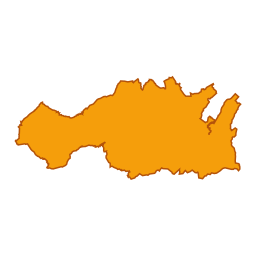 Letterkenny Lea-7, Donegal, Ireland (orthographic projection)
{"feature_id": "5873133B45829912982707", "entity_name": "Letterkenny Lea-7", "entity_type": "district", "adm_level": 2, "iso_a3": "IRL", "parent_name": "Ireland", "parent_adm1": "Donegal", "projection": "orthographic", "projection_center": [-7.823, 54.956], "detail": "fine", "context": "isolated", "style": "filled", "palette": "amber", "viewbox_px": 256, "rotation_deg": 0, "n_neighbors": 0, "source": "geoboundaries", "source_scale": "gbopen_adm2", "svg_char_len": 5835}
<svg xmlns="http://www.w3.org/2000/svg" viewBox="0 0 256 256"><path d="M40.9,102.9L40.8,103.4L39.5,104.5L39.1,106.0L37.0,107.8L36.8,108.5L34.5,110.4L34.7,110.6L34.3,111.0L30.2,113.7L28.1,115.6L27.7,116.4L24.0,118.9L23.8,119.5L22.1,121.2L22.2,121.4L21.5,122.5L20.9,122.0L21.1,123.1L21.4,123.0L21.1,123.7L21.3,124.3L20.4,124.6L21.3,125.3L19.7,125.7L18.4,126.9L19.5,128.1L19.3,133.6L18.9,134.3L19.2,135.3L19.0,137.1L19.2,138.2L17.3,139.9L17.6,140.1L17.1,140.0L16.4,140.7L15.8,140.4L15.4,141.0L16.5,142.6L16.9,144.0L18.1,144.4L18.2,144.9L24.9,143.8L25.6,144.3L27.5,143.9L31.0,149.4L32.0,150.5L34.1,152.0L35.5,154.6L37.7,156.3L38.7,156.5L40.9,158.5L42.4,158.0L43.1,158.4L43.0,159.2L44.5,159.1L44.2,158.7L44.4,158.6L46.9,160.7L47.2,161.6L46.7,162.0L47.7,163.4L48.5,163.4L48.8,164.0L48.1,164.7L48.4,165.8L47.5,166.5L46.9,167.7L48.0,168.2L49.6,167.9L51.3,168.7L53.2,168.9L61.2,166.7L62.3,167.0L65.5,165.4L66.6,164.3L67.1,162.1L68.1,160.1L69.0,158.9L70.0,158.4L70.2,156.8L69.8,154.6L70.0,154.2L71.3,153.6L72.3,151.9L73.6,151.1L76.5,150.6L76.8,149.9L78.0,149.4L79.8,147.4L80.8,147.2L80.9,146.7L82.3,146.7L82.3,146.2L83.0,146.6L85.4,146.5L89.0,145.1L90.2,145.5L92.8,145.5L93.3,146.1L95.0,145.6L95.5,146.0L95.1,146.9L95.6,147.1L97.6,146.4L98.4,146.5L98.7,146.9L99.3,145.9L99.9,145.5L100.2,145.9L100.4,145.3L100.9,145.3L100.6,144.8L101.8,144.6L102.1,145.1L102.5,144.4L101.9,143.9L104.7,142.4L104.9,142.7L103.7,143.3L102.7,146.3L103.3,146.9L103.7,147.9L103.7,150.7L104.2,151.8L106.2,151.2L106.0,151.6L106.5,152.2L107.0,153.9L106.9,154.7L106.1,155.9L106.1,157.9L108.8,162.5L109.8,162.9L110.2,163.6L110.2,167.0L111.0,166.4L112.3,166.3L113.9,167.4L116.8,168.5L117.7,169.4L119.3,169.0L120.7,170.1L121.0,169.8L121.3,170.3L121.5,169.9L122.8,170.6L124.3,170.1L125.9,171.4L128.0,171.1L128.8,171.6L129.2,171.3L129.2,171.8L129.6,172.0L128.7,172.6L128.2,173.7L128.4,175.1L127.8,175.3L128.1,175.5L127.8,175.7L127.9,176.5L128.3,177.2L128.5,176.9L129.7,177.1L131.1,179.1L134.8,177.9L135.6,176.7L137.1,176.1L139.6,173.7L142.6,175.6L146.5,174.9L148.0,175.2L149.5,174.0L154.5,173.3L155.5,172.5L155.9,171.3L157.1,170.3L158.3,170.1L159.4,171.0L160.5,169.1L161.8,167.9L162.8,168.6L167.8,168.9L172.0,172.3L172.4,173.5L174.1,174.2L179.5,169.3L179.4,170.1L179.8,171.9L179.3,174.1L182.9,173.6L185.3,170.5L187.4,172.7L190.3,171.5L192.2,170.1L195.2,172.6L196.8,172.8L197.7,172.2L198.2,173.0L198.8,177.9L202.6,178.7L204.8,176.0L206.2,175.9L207.6,174.1L210.2,174.5L211.6,172.9L214.3,173.5L216.6,173.1L220.0,170.9L222.7,168.5L225.0,167.8L231.3,169.3L233.4,169.3L234.4,168.5L236.9,168.8L238.5,170.7L239.8,169.1L239.8,166.7L239.2,165.5L239.5,165.1L238.8,163.7L235.5,163.0L235.2,160.8L235.5,156.3L235.3,154.7L235.5,152.7L234.8,151.3L234.2,148.2L231.7,145.7L231.4,144.4L231.8,142.9L231.2,142.1L231.0,140.7L232.3,138.9L232.2,137.6L232.7,137.0L234.1,137.0L235.8,135.4L235.9,133.0L236.8,129.2L235.2,128.0L231.7,130.6L231.4,130.5L231.5,129.7L230.4,128.7L230.6,127.1L230.4,124.2L231.5,123.3L231.9,121.6L232.1,119.6L232.7,119.2L234.3,115.9L234.5,114.2L236.1,112.3L236.6,110.6L237.9,109.2L237.7,108.8L238.6,106.5L240.6,104.2L239.0,103.0L237.4,103.4L236.6,101.8L235.3,100.6L238.6,96.8L235.3,93.8L231.3,98.2L229.4,99.3L228.1,99.2L226.8,99.8L224.2,102.9L224.0,104.5L221.8,107.6L221.1,109.6L220.9,112.0L219.1,114.9L218.2,115.4L218.3,115.8L217.2,118.0L213.9,123.5L213.2,123.0L209.9,123.7L209.5,125.0L208.3,125.8L207.9,127.4L209.8,128.1L209.9,128.5L209.5,128.9L209.4,129.5L211.0,130.9L210.6,132.1L209.1,133.2L209.2,134.1L208.2,134.2L209.1,134.0L209.0,133.2L210.6,131.9L210.8,130.9L209.2,129.6L209.2,129.0L209.7,128.2L208.8,128.2L207.6,127.5L207.6,125.4L208.4,125.1L209.5,123.5L211.5,122.2L213.5,122.1L214.9,120.1L212.7,118.9L212.1,118.0L210.9,117.7L211.0,117.2L209.7,116.3L208.2,117.7L207.5,121.8L205.9,122.1L205.4,122.6L200.1,118.6L201.1,117.8L201.8,115.0L201.4,113.7L202.6,111.3L203.4,110.7L203.1,110.1L203.5,109.6L203.5,108.8L206.0,107.0L207.7,104.0L209.1,102.3L209.2,101.7L207.8,100.0L207.8,99.0L208.5,98.5L209.9,98.9L210.4,98.6L210.6,98.0L211.8,97.5L216.5,93.2L216.0,92.6L216.3,91.8L215.9,90.8L213.6,89.0L213.5,88.0L212.3,87.2L212.1,85.7L213.5,84.5L213.2,83.7L206.5,87.5L205.5,89.2L204.2,89.7L203.4,89.4L203.5,88.9L201.5,89.2L201.0,91.8L199.5,92.4L198.7,93.4L194.2,93.6L192.9,94.3L190.5,93.1L191.0,96.2L185.8,96.2L184.0,94.4L180.6,89.6L180.4,88.8L181.2,87.7L180.2,87.1L179.3,85.8L179.9,83.0L178.9,84.2L178.3,84.4L176.9,83.6L176.2,84.2L175.6,83.5L175.8,82.7L175.4,82.2L175.6,81.6L172.5,76.9L171.4,77.8L169.2,77.5L169.0,78.8L165.9,80.1L164.0,81.3L164.8,83.0L165.5,86.1L165.5,88.7L165.0,88.9L163.7,87.7L160.7,88.2L159.0,87.3L156.0,85.1L155.4,83.7L154.6,83.4L154.6,82.9L152.6,80.3L152.1,80.5L151.3,79.6L149.7,79.5L149.9,79.9L148.8,80.5L149.0,80.8L147.9,82.0L145.7,83.1L145.4,83.6L145.6,84.4L143.9,85.5L143.8,86.9L143.4,87.3L142.9,89.6L142.4,90.0L140.9,88.2L141.2,86.6L140.6,85.5L140.9,84.1L140.6,82.9L139.4,82.9L138.8,82.3L138.3,79.4L137.9,78.9L134.2,81.7L133.5,82.7L132.6,82.1L132.6,81.0L127.8,81.9L124.6,81.2L120.6,81.0L119.7,82.6L118.1,83.9L117.8,84.8L117.1,85.7L116.8,87.2L116.0,88.8L114.8,92.5L112.6,95.5L110.4,95.2L106.4,96.8L105.4,96.4L103.7,96.6L100.4,98.4L98.5,98.9L97.2,99.6L93.4,104.0L89.8,105.4L87.1,108.9L86.1,108.1L83.5,110.4L82.9,111.8L82.0,112.1L82.7,112.6L83.1,112.4L83.1,112.8L82.4,113.1L82.3,113.8L82.0,113.5L82.2,113.1L81.5,113.4L82.0,114.1L81.0,113.7L80.5,114.1L80.1,113.7L79.9,114.2L78.4,114.1L78.2,115.0L77.3,114.7L76.9,115.3L76.3,115.3L76.1,116.1L74.4,116.6L74.1,117.2L71.4,118.0L70.1,117.9L69.0,116.6L68.1,116.9L66.5,116.4L65.7,116.6L65.2,116.1L64.2,116.4L63.1,115.6L61.5,115.5L61.3,114.7L59.3,115.0L59.3,114.1L59.0,113.4L59.4,113.0L58.4,112.9L58.2,111.7L56.9,112.1L57.1,111.8L56.7,111.8L56.5,111.2L53.8,110.1L52.9,110.2L48.8,107.9L47.7,106.4L46.5,106.3L44.7,105.2L44.4,104.5L42.8,103.9L42.5,102.2L40.9,102.9Z" fill="#f59e0b" stroke="#b45309" stroke-width="1.5"/></svg>